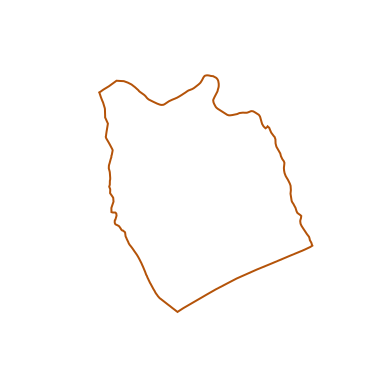 Sageata, Buzau, Romania, rotated 211°
{"feature_id": "2599482B66613850567088", "entity_name": "Sageata", "entity_type": "district", "adm_level": 2, "iso_a3": "ROU", "parent_name": "Romania", "parent_adm1": "Buzau", "projection": "orthographic", "projection_center": [27.041, 45.126], "detail": "fine", "context": "isolated", "style": "outline", "palette": "amber", "viewbox_px": 384, "rotation_deg": 211, "n_neighbors": 0, "source": "geoboundaries", "source_scale": "gbopen_adm2", "svg_char_len": 3928}
<svg xmlns="http://www.w3.org/2000/svg" viewBox="0 0 384 384"><g transform="rotate(211 192 192)"><path d="M247.5,276.8L247.7,276.5L248.0,275.9L248.9,273.8L250.0,271.6L250.7,270.1L252.0,267.6L253.4,265.1L254.0,264.3L254.6,263.4L256.5,260.9L258.5,257.9L260.7,253.2L261.4,252.1L262.7,251.1L263.5,250.7L264.7,250.3L267.5,249.8L271.5,249.4L276.6,249.0L278.3,249.2L279.3,249.5L281.2,250.2L283.0,250.6L288.0,251.0L289.4,251.2L290.3,251.6L295.0,252.5L296.8,252.7L299.2,253.0L303.4,252.7L307.5,251.9L311.1,250.0L314.0,248.5L317.7,239.8L320.7,234.1L321.7,231.8L322.0,231.0L322.6,230.0L322.8,229.6L322.5,229.4L322.0,229.0L319.1,226.5L317.2,225.0L315.2,223.5L314.7,223.2L314.2,222.8L311.9,220.7L309.8,218.8L309.2,218.0L305.6,212.4L304.9,211.2L299.3,207.3L296.3,199.7L295.0,196.6L294.5,195.6L294.4,195.0L294.2,194.7L293.1,193.8L290.5,192.4L288.0,191.0L286.3,190.0L282.5,187.7L281.8,187.2L281.4,186.7L279.9,182.6L279.7,181.5L279.1,180.4L278.6,178.2L277.4,174.0L277.2,173.1L276.9,172.1L276.7,171.6L275.5,169.4L273.6,167.6L272.9,166.9L272.5,166.4L272.0,165.7L269.4,162.0L268.9,161.2L268.6,160.6L268.5,160.3L268.3,159.7L268.1,159.2L266.2,155.9L265.7,153.9L263.7,152.4L263.2,151.7L261.6,148.8L257.6,147.0L256.5,146.4L254.3,143.3L253.5,139.5L252.9,136.8L250.7,133.3L249.6,133.5L247.1,134.9L246.6,134.8L245.8,134.5L244.5,132.9L243.4,128.7L243.6,128.3L243.6,128.2L243.5,127.8L242.7,126.3L241.9,125.4L241.0,124.9L240.3,124.9L238.7,125.1L236.9,125.1L236.6,125.0L235.1,124.3L234.3,124.0L233.8,123.6L233.3,123.4L232.7,123.2L232.3,123.1L232.1,123.1L231.3,123.4L230.6,123.2L229.9,123.2L229.0,123.1L228.2,122.5L228.0,122.2L226.1,119.8L225.1,119.1L224.7,118.9L224.0,118.3L222.0,117.0L220.9,116.3L220.2,115.7L219.4,115.2L218.0,114.5L217.7,114.4L216.8,114.1L214.5,113.2L211.8,112.0L210.8,111.5L209.8,111.1L209.6,111.0L206.7,109.7L204.3,108.4L202.3,107.2L200.1,105.8L198.8,105.0L197.8,104.3L196.7,103.5L195.9,103.0L192.1,100.2L191.4,99.7L190.9,99.3L188.8,97.6L188.2,97.2L187.4,96.8L186.2,95.8L184.3,94.6L183.8,94.2L182.2,93.2L181.4,92.6L180.4,92.1L175.2,89.0L172.9,87.8L172.0,87.2L171.3,86.8L170.0,86.2L168.7,85.7L167.7,85.2L166.4,84.8L164.9,84.3L164.4,84.3L164.2,84.3L162.6,84.1L154.4,83.1L151.5,82.8L151.1,82.7L150.9,82.7L149.4,82.5L147.6,82.3L145.7,82.1L142.7,81.7L139.6,88.0L139.0,89.1L133.7,98.7L128.9,107.4L127.1,110.7L121.5,120.7L109.2,140.8L96.5,158.9L88.0,170.3L86.6,172.2L78.4,183.4L75.5,187.4L68.0,197.5L67.6,198.0L65.5,201.0L63.1,204.6L62.4,205.6L61.2,208.0L62.3,208.8L63.6,210.0L66.1,211.4L67.5,212.9L68.7,213.9L71.8,215.1L74.5,216.4L78.3,218.2L80.7,219.4L82.6,220.7L84.2,222.7L84.6,223.6L85.2,225.9L86.0,227.7L87.1,228.0L89.7,228.2L91.0,228.4L92.4,229.3L95.2,231.8L96.8,232.7L99.1,234.1L100.7,234.8L102.0,235.7L104.6,238.8L106.7,241.3L108.2,244.5L110.7,248.1L112.5,249.6L116.1,251.9L118.6,253.2L120.0,254.0L122.4,255.9L124.1,257.8L125.6,259.9L127.3,263.6L127.9,264.7L129.2,265.7L131.5,266.7L134.2,268.5L136.2,270.5L141.2,273.3L143.0,274.3L144.6,275.9L145.4,276.7L147.6,280.1L149.5,281.7L150.6,282.0L154.7,283.7L156.8,285.2L158.9,286.8L161.0,287.2L161.0,286.4L161.8,284.5L162.3,284.6L164.1,285.0L165.3,285.5L166.2,286.1L166.6,286.2L168.0,287.4L171.9,291.1L172.6,291.7L173.8,292.3L174.6,292.6L178.4,292.7L179.5,292.7L180.2,292.7L181.3,292.6L182.6,292.0L183.1,291.6L185.0,289.1L185.8,288.2L186.9,287.5L189.3,286.2L192.0,284.1L193.4,282.1L197.1,278.7L199.0,277.2L199.9,276.7L201.5,276.3L213.0,276.6L214.7,276.9L215.7,277.3L218.2,278.8L219.6,279.8L220.4,280.7L221.1,281.6L221.3,282.2L221.6,285.0L221.9,289.8L221.9,290.3L222.1,291.8L222.5,292.9L223.1,295.2L223.6,296.5L224.8,298.5L226.7,300.7L227.5,301.3L228.6,301.9L229.9,302.3L231.1,302.3L232.0,302.2L233.4,302.2L235.6,301.2L237.2,300.7L238.6,300.1L239.7,299.4L240.7,298.4L241.0,297.8L241.2,296.1L241.0,293.4L241.0,291.3L241.1,289.8L241.7,287.7L243.3,283.5L244.0,281.8L245.0,280.1L245.9,279.0L246.4,278.3L247.2,277.4L247.4,277.1L247.5,276.8Z" fill="none" stroke="#b45309" stroke-width="2"/></g></svg>